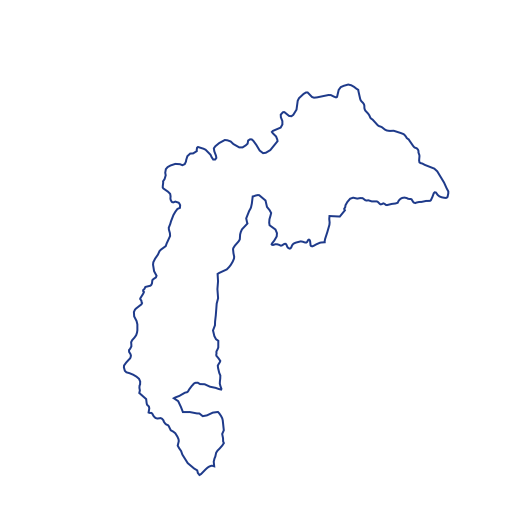 Shumer, Pemagatsel, Bhutan (Robinson projection), rotated 47°
{"feature_id": "84629894B11783061729770", "entity_name": "Shumer", "entity_type": "district", "adm_level": 2, "iso_a3": "BTN", "parent_name": "Bhutan", "parent_adm1": "Pemagatsel", "projection": "robinson", "projection_center": [91.402, 27.089], "detail": "fine", "context": "isolated", "style": "outline", "palette": "blue", "viewbox_px": 512, "rotation_deg": 47, "n_neighbors": 0, "source": "geoboundaries", "source_scale": "gbopen_adm2", "svg_char_len": 6082}
<svg xmlns="http://www.w3.org/2000/svg" viewBox="0 0 512 512"><g transform="rotate(47 256 256)"><path d="M167.1,276.8L168.9,278.8L168.0,281.4L168.6,284.7L169.7,288.4L172.6,294.4L174.1,296.9L175.8,300.5L177.3,301.7L180.6,303.4L182.8,305.2L185.9,312.8L187.2,315.3L186.5,321.2L186.6,323.2L188.1,326.8L189.1,331.5L190.5,335.3L192.1,337.2L197.6,340.9L202.6,342.2L203.4,343.8L202.9,346.9L203.0,348.3L205.1,350.8L205.7,352.3L205.7,353.5L203.2,358.0L204.0,360.1L204.0,361.8L204.8,362.5L205.9,362.5L206.6,364.1L208.0,369.3L208.4,370.0L210.5,370.3L212.0,371.3L212.7,371.4L213.2,372.7L212.6,379.6L212.7,381.1L213.7,383.5L217.1,386.3L222.1,387.7L225.1,389.4L229.4,393.4L230.9,395.3L232.2,397.7L232.8,400.6L233.1,404.0L233.9,406.1L235.9,407.7L237.1,408.8L238.0,411.3L238.2,413.0L239.6,414.2L242.1,414.7L243.4,415.3L244.3,416.4L245.0,417.8L245.1,420.0L245.4,423.6L246.1,427.2L247.4,428.6L250.5,430.2L252.7,430.1L255.3,428.5L259.0,426.8L262.7,425.7L266.0,425.3L268.8,426.3L270.9,428.4L271.4,429.6L272.9,431.2L275.1,432.6L276.6,434.8L285.7,433.9L289.0,436.3L290.4,437.1L293.0,437.0L294.6,437.9L297.2,441.3L298.1,440.9L299.5,439.5L300.6,439.4L303.4,440.1L305.9,440.0L307.6,439.0L309.5,436.3L311.0,435.7L313.2,435.8L314.2,436.4L316.7,436.7L318.2,436.5L319.5,435.8L320.8,435.8L325.3,437.2L328.0,436.3L330.6,435.9L334.6,436.7L337.1,437.6L338.7,438.7L341.3,442.6L344.1,443.3L347.6,443.8L351.0,445.3L360.9,447.2L369.2,446.2L372.7,445.2L375.0,446.5L377.6,446.7L378.0,444.9L377.7,438.7L377.7,436.6L377.9,434.6L378.4,433.0L379.1,431.5L379.9,430.8L381.3,430.0L377.6,427.2L375.8,424.5L374.9,422.5L372.7,419.3L372.1,416.9L372.0,413.9L371.6,409.9L370.9,407.1L369.2,406.5L366.8,404.4L363.1,402.1L361.5,398.4L353.5,392.4L351.7,391.4L349.3,390.7L346.1,390.2L344.1,390.2L341.1,394.4L339.1,400.6L336.8,404.2L332.6,404.8L330.8,406.6L324.9,410.9L320.3,415.9L315.3,413.9L309.1,411.9L304.0,413.1L304.4,411.5L306.0,407.6L307.5,401.2L308.6,399.3L308.7,398.6L308.6,397.8L308.0,395.9L307.2,391.4L307.2,390.3L307.0,389.2L307.0,388.1L307.4,386.8L309.0,385.0L311.5,384.3L314.8,381.0L320.2,378.8L325.0,375.4L327.8,374.0L329.9,372.6L329.6,371.9L327.0,370.8L324.6,369.5L322.9,367.7L321.3,365.8L319.1,363.6L316.4,362.6L312.0,360.1L310.1,358.7L309.6,357.2L309.0,354.9L308.4,353.7L305.3,353.2L301.9,353.0L301.1,352.4L300.1,351.1L299.2,350.5L298.7,349.7L298.1,347.9L297.2,346.0L292.3,341.4L289.6,342.0L286.2,341.1L281.1,338.2L278.7,333.3L276.0,330.6L272.0,325.9L264.0,317.2L261.0,312.5L253.9,306.8L248.6,301.0L242.9,296.3L243.3,294.4L245.9,286.5L245.7,283.0L245.3,280.5L244.2,276.8L242.9,273.9L241.7,272.5L238.6,270.6L235.3,268.1L234.7,267.1L234.0,264.3L233.5,259.2L233.2,257.7L232.7,256.4L229.4,252.9L228.1,250.8L227.1,248.5L226.9,247.8L226.4,240.1L225.1,239.5L221.8,237.5L218.4,230.3L217.5,227.5L216.9,226.3L214.9,223.4L210.2,217.8L210.7,217.0L211.6,214.9L212.7,213.1L213.7,212.2L221.9,211.2L227.6,214.5L231.8,214.8L234.9,215.6L236.4,217.9L238.3,221.1L240.7,223.7L242.8,225.1L249.9,223.7L253.6,225.1L255.8,227.5L257.2,232.2L257.7,235.6L258.1,236.6L258.9,236.6L259.7,235.8L260.6,233.8L261.9,232.5L263.6,231.5L265.4,230.8L265.9,230.0L266.5,227.0L267.3,226.0L268.3,226.0L270.8,226.9L272.3,226.9L273.6,226.3L273.9,225.6L273.8,224.5L272.9,222.5L272.6,221.4L272.6,220.1L272.9,219.0L273.5,217.5L275.8,213.3L277.4,212.1L279.3,211.1L280.4,210.2L280.6,209.0L279.9,207.1L280.1,206.1L280.8,205.9L282.0,206.3L285.4,208.8L286.3,208.9L287.3,208.3L287.9,206.8L288.6,203.9L289.9,200.2L290.6,199.1L292.8,196.4L292.2,195.9L290.7,193.9L287.2,187.6L283.3,181.1L281.7,179.3L278.9,177.2L276.9,175.0L284.3,167.8L283.2,159.8L281.7,159.4L281.1,157.4L279.9,155.9L278.8,152.4L278.3,148.1L279.6,145.2L283.1,142.8L284.7,140.3L286.4,138.6L289.8,138.0L291.0,137.2L291.8,135.9L295.0,134.1L298.5,130.4L299.6,130.0L302.5,129.9L303.3,129.6L303.9,128.5L304.3,127.0L305.6,126.4L307.2,126.2L308.1,125.5L310.5,121.2L312.7,118.2L313.7,116.1L312.9,114.0L312.7,112.3L312.9,110.5L313.3,109.4L314.5,107.6L316.5,106.2L317.6,105.9L319.0,104.9L319.7,104.1L320.6,103.6L323.8,104.2L324.7,104.1L326.0,103.3L326.3,102.3L327.7,99.9L329.3,98.1L331.7,94.1L334.3,91.2L334.5,90.2L333.1,86.7L331.3,83.1L331.3,81.8L332.4,81.1L335.2,81.5L337.5,81.2L339.6,80.2L341.3,79.0L342.8,77.8L343.4,76.9L343.4,75.6L341.3,72.6L339.9,71.3L336.5,70.4L330.6,68.4L317.7,65.7L313.7,66.0L304.5,70.4L301.8,71.3L300.3,72.3L299.0,72.6L297.3,71.5L294.4,68.3L293.6,67.7L291.1,66.6L290.5,66.0L289.7,65.4L288.6,65.0L286.8,65.0L284.9,66.0L284.0,66.1L282.5,66.0L275.7,65.0L275.0,64.8L273.8,65.1L272.5,65.3L270.8,64.9L268.4,64.8L267.4,65.0L264.9,66.2L258.8,69.6L258.1,70.1L256.0,72.6L254.9,73.6L253.3,74.8L251.5,75.5L247.6,76.1L246.4,76.6L244.8,77.5L243.4,77.8L235.8,77.7L234.0,78.1L232.9,78.1L230.4,77.2L228.4,76.9L224.2,76.9L223.2,76.6L221.8,75.9L220.0,74.3L218.8,73.6L216.9,73.3L214.8,73.4L213.4,73.2L212.2,72.7L205.5,68.8L204.2,67.9L202.0,68.5L199.3,68.9L196.1,69.9L193.5,71.6L191.4,75.7L190.3,78.8L190.9,82.2L194.9,88.2L194.6,89.3L192.6,90.3L189.4,91.5L187.7,93.2L181.6,103.2L179.8,105.6L177.9,106.6L171.6,106.7L170.5,107.9L169.9,110.7L169.9,116.9L170.9,119.6L176.6,126.6L178.2,132.5L177.9,134.8L176.1,136.3L170.2,137.1L169.3,138.0L169.3,139.2L169.5,141.5L171.5,143.2L175.3,144.7L177.8,147.0L178.9,150.4L176.0,158.4L176.1,159.8L177.7,160.0L182.3,159.8L185.3,161.0L186.7,161.9L188.3,173.3L187.2,178.4L185.6,180.7L181.4,181.4L174.9,180.0L169.9,179.4L167.8,179.6L166.6,180.8L166.2,183.0L168.1,185.5L168.1,188.0L167.4,191.8L165.1,194.2L158.7,196.2L155.0,196.4L151.9,198.0L149.9,199.7L148.3,205.9L148.0,210.9L148.5,213.4L151.0,215.1L155.4,216.9L157.2,218.1L157.6,220.0L156.3,221.5L153.7,221.1L150.9,220.2L143.9,220.4L141.8,221.2L136.7,224.1L136.6,225.2L137.7,226.7L138.9,227.8L138.1,232.0L136.2,234.3L136.2,238.1L138.0,241.3L139.2,242.9L140.2,245.5L139.4,247.9L137.0,249.0L133.6,252.2L131.5,256.8L130.7,260.0L131.0,262.7L133.2,265.6L135.4,267.0L137.4,270.4L138.0,273.0L139.1,273.9L141.2,276.4L142.3,277.5L143.4,277.7L149.0,276.5L152.0,276.4L154.0,277.7L155.6,279.4L156.7,280.1L158.5,280.6L159.4,280.6L160.4,279.9L161.2,277.9L164.3,276.2L165.3,276.3L167.1,276.8Z" fill="none" stroke="#1e3a8a" stroke-width="2"/></g></svg>